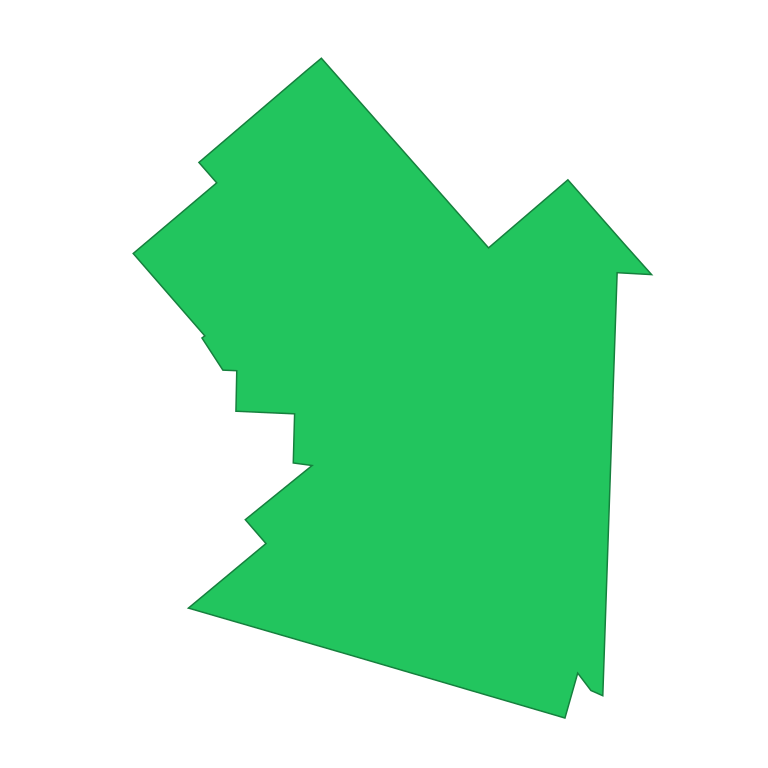 Florentino Ameghino, Buenos Aires, Argentina, rotated 184°
{"feature_id": "61730980B69896756381715", "entity_name": "Florentino Ameghino", "entity_type": "district", "adm_level": 2, "iso_a3": "ARG", "parent_name": "Argentina", "parent_adm1": "Buenos Aires", "projection": "robinson", "projection_center": [-62.372, -34.887], "detail": "fine", "context": "isolated", "style": "filled", "palette": "green", "viewbox_px": 768, "rotation_deg": 184, "n_neighbors": 0, "source": "geoboundaries", "source_scale": "gbopen_adm2", "svg_char_len": 516}
<svg xmlns="http://www.w3.org/2000/svg" viewBox="0 0 768 768"><g transform="rotate(184 384 384)"><path d="M408.8,113.4L180.2,63.4L170.6,109.1L156.2,92.7L144.0,88.3L154.7,386.9L154.8,387.5L159.2,511.3L124.7,511.8L155.0,541.3L214.8,600.5L289.2,527.1L469.2,704.6L483.4,691.0L584.1,592.1L564.9,573.0L643.3,496.7L566.1,419.5L568.8,417.2L545.7,386.6L531.8,387.0L529.8,346.5L471.1,348.0L469.0,298.9L450.0,297.7L512.9,239.0L490.6,216.6L563.5,146.8L408.8,113.4Z" fill="#22c55e" stroke="#15803d" stroke-width="1.5"/></g></svg>